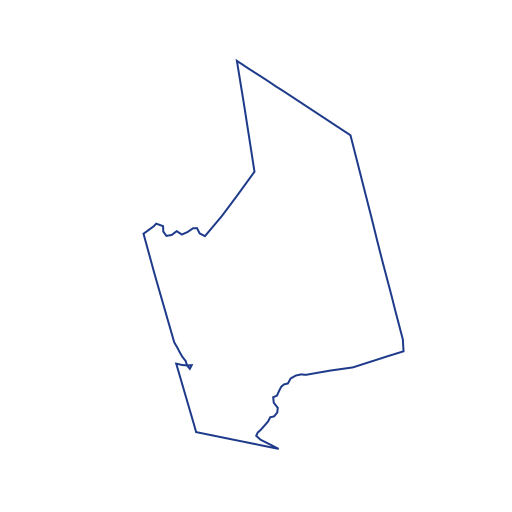 the district of Viçosa, Alagoas, Brazil, rotated 328°
{"feature_id": "56859067B60749603012982", "entity_name": "Viçosa", "entity_type": "district", "adm_level": 2, "iso_a3": "BRA", "parent_name": "Brazil", "parent_adm1": "Alagoas", "projection": "natural_earth1", "projection_center": [-36.297, -9.342], "detail": "fine", "context": "isolated", "style": "outline", "palette": "blue", "viewbox_px": 512, "rotation_deg": 328, "n_neighbors": 0, "source": "geoboundaries", "source_scale": "gbopen_adm2", "svg_char_len": 1029}
<svg xmlns="http://www.w3.org/2000/svg" viewBox="0 0 512 512"><g transform="rotate(328 256 256)"><path d="M400.1,203.7L366.0,129.4L362.9,123.1L357.5,111.0L349.2,93.6L343.2,80.4L325.6,122.4L299.4,183.7L271.7,194.9L248.0,204.1L223.2,212.1L220.2,207.0L220.7,201.1L217.2,199.1L210.7,199.4L204.5,198.5L201.9,192.9L195.7,193.5L190.7,191.5L190.3,186.2L193.0,181.4L188.5,175.7L185.1,176.6L172.4,177.5L159.9,219.3L140.9,285.9L140.7,292.4L140.3,297.5L140.1,302.2L140.7,307.9L139.5,312.2L135.7,309.4L131.3,305.0L114.5,364.7L111.9,373.6L173.0,431.6L162.5,414.2L160.9,408.6L164.0,406.6L167.6,406.0L173.4,404.3L178.6,402.7L182.6,400.3L186.3,401.6L191.1,400.0L194.0,396.3L193.3,389.9L195.7,384.9L199.8,385.5L203.5,383.0L208.0,380.3L211.6,379.7L215.5,381.0L220.5,378.2L226.5,378.5L231.5,380.3L235.3,383.2L258.0,392.4L279.1,401.8L315.5,411.0L330.6,415.0L336.3,404.6L345.3,375.7L350.0,361.1L361.1,325.3L366.9,307.2L374.2,284.9L400.1,203.7ZM139.5,312.2L143.6,314.5L140.1,316.6L139.5,312.2Z" fill="none" stroke="#1e3a8a" stroke-width="2"/></g></svg>